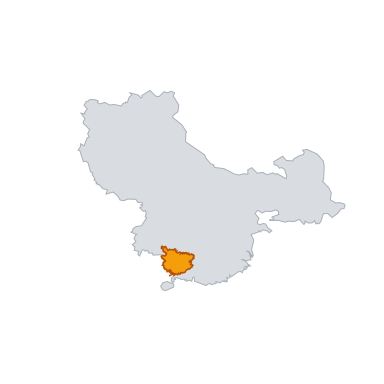 Guangxi highlighted on a map of China, rotated 32°
{"feature_id": "CHN-1152", "entity_name": "Guangxi", "entity_type": "Autonomous Region", "adm_level": 1, "iso_a3": "CHN", "parent_name": "China", "parent_adm1": "", "projection": "robinson", "projection_center": [108.679, 23.706], "detail": "fine", "context": "in_parent", "style": "filled", "palette": "amber", "viewbox_px": 384, "rotation_deg": 32, "n_neighbors": 0, "source": "natural_earth", "source_scale": "10m", "svg_char_len": 9127}
<svg xmlns="http://www.w3.org/2000/svg" viewBox="0 0 384 384"><g transform="rotate(32 192 192)"><path d="M212.0,272.0L205.6,269.3L205.1,266.4L206.2,264.8L201.6,264.0L198.9,261.6L192.4,266.2L190.8,264.8L187.7,266.7L185.2,265.0L183.5,267.1L181.5,266.5L180.6,267.8L181.5,274.0L179.2,273.7L178.4,270.6L173.8,272.1L172.8,269.0L169.2,268.3L170.8,263.8L167.7,262.5L166.9,258.5L167.7,257.3L161.5,258.4L162.2,256.7L161.4,254.4L162.9,250.9L167.0,247.4L167.2,237.8L165.5,237.9L164.6,234.6L162.6,232.6L160.9,234.2L156.0,233.1L157.4,231.1L156.8,229.5L155.3,230.2L156.4,228.4L154.9,227.3L151.8,229.6L148.2,228.0L141.5,231.9L138.5,235.7L135.2,236.9L131.9,235.0L125.3,233.8L120.2,239.3L119.1,234.9L114.3,236.5L109.5,234.8L108.5,235.8L107.2,234.8L106.5,235.9L105.1,233.9L102.4,233.6L102.7,232.1L98.3,230.3L97.8,228.5L95.3,228.7L88.4,222.3L85.4,222.2L83.8,223.9L74.9,216.3L73.2,216.8L73.4,213.1L72.1,210.0L76.0,210.1L74.4,201.5L75.7,199.9L72.7,197.9L72.0,193.3L63.5,191.4L62.5,190.1L62.5,186.7L56.1,184.0L59.7,182.6L58.8,181.4L59.1,176.9L54.5,175.7L54.3,171.0L55.7,170.3L56.4,167.7L60.7,165.2L64.1,164.4L64.4,166.2L67.3,166.0L70.6,162.2L76.2,161.9L79.3,159.2L86.5,156.5L86.6,153.1L88.4,151.9L87.9,151.0L89.8,150.3L88.5,145.1L89.5,141.7L86.9,140.7L95.4,138.2L98.9,139.4L99.5,137.7L98.3,136.8L102.6,128.1L110.1,130.0L113.4,128.7L115.1,121.9L118.9,120.7L120.8,117.6L124.8,117.2L125.2,120.5L134.9,125.4L137.5,131.5L135.4,137.2L136.1,139.0L147.8,140.4L155.7,144.1L155.6,145.4L159.9,152.8L182.9,153.8L185.9,155.9L192.9,158.2L196.4,157.5L196.4,158.7L198.6,159.0L206.8,155.2L218.4,154.3L223.2,152.5L225.9,149.3L230.0,147.3L227.6,143.6L229.8,139.7L237.3,141.5L241.6,137.9L246.6,137.6L250.3,133.0L253.7,132.6L254.1,131.4L264.8,130.9L263.9,128.3L258.4,123.7L255.2,123.7L253.4,125.5L250.8,124.3L247.1,125.3L245.3,122.9L250.0,113.6L255.2,115.3L261.1,112.2L260.6,110.4L264.0,104.0L266.7,101.3L266.1,98.8L263.5,98.0L267.2,94.9L278.1,93.5L287.0,96.2L290.3,99.9L296.9,111.5L297.0,113.7L305.7,116.0L310.6,118.9L313.3,125.3L319.7,125.2L322.4,123.0L327.2,121.5L328.9,122.2L329.7,125.2L327.4,127.4L326.8,133.2L324.3,139.4L318.5,138.3L314.9,140.9L317.0,149.1L316.4,151.8L313.6,152.7L314.2,153.8L311.1,151.2L310.5,154.3L307.2,156.6L303.2,156.9L304.5,159.0L304.0,160.2L297.4,158.4L294.4,162.9L289.6,165.4L286.9,168.3L280.5,170.2L273.0,175.0L272.7,174.0L275.3,172.9L275.8,171.4L273.3,171.4L273.3,170.5L277.5,165.1L275.4,162.5L272.4,162.9L269.5,166.6L264.6,169.3L262.8,172.5L257.3,172.8L256.9,176.8L262.9,178.9L263.1,182.9L264.7,184.0L266.9,183.9L269.1,181.0L271.3,180.1L275.5,182.2L280.3,182.5L279.0,185.7L277.0,185.0L271.9,186.8L271.2,189.6L269.1,189.2L269.6,190.5L264.6,196.8L269.9,200.1L273.0,209.2L277.8,213.5L277.5,214.6L271.5,212.3L269.3,213.2L272.5,213.0L278.0,218.2L273.7,221.9L271.6,222.0L270.4,222.8L275.4,222.4L279.5,224.9L276.8,227.1L279.0,227.0L278.8,229.0L276.5,229.0L277.7,230.0L276.8,231.8L277.5,233.8L275.2,233.6L273.4,235.4L270.2,243.1L268.0,242.3L269.5,244.8L267.5,246.4L265.9,246.0L268.2,246.7L268.3,250.1L266.2,249.8L266.7,251.0L265.2,251.1L263.8,254.4L259.8,255.3L260.9,256.6L257.6,260.3L255.4,259.9L253.3,263.9L241.4,266.3L238.9,263.0L238.0,264.1L239.1,267.9L236.9,268.0L234.5,270.5L233.3,269.3L233.1,270.7L231.3,270.1L229.7,271.7L223.9,272.9L222.6,275.2L224.4,277.6L223.6,278.8L221.3,278.4L220.2,275.3L221.5,272.1L219.7,270.9L217.7,272.4L214.5,269.7L214.6,271.3L212.0,272.0ZM225.1,279.7L226.8,282.4L222.2,289.2L219.5,290.5L215.5,288.7L215.4,284.4L218.3,281.1L225.1,279.7ZM278.0,215.7L276.4,215.4L274.9,214.0L276.1,214.3L278.0,215.7ZM280.4,223.8L279.2,224.1L278.9,223.3L280.4,223.8ZM269.4,249.0L268.7,249.9L268.8,248.7L269.4,249.0ZM223.2,274.8L224.4,274.4L224.3,275.0L223.2,274.8Z" fill="#d9dde1" stroke="#a8b0b8" stroke-width="1"/><path d="M200.8,263.3L200.2,263.2L200.1,262.5L200.6,261.9L200.6,261.6L200.9,261.6L200.9,261.3L201.2,261.2L201.7,260.7L201.8,260.7L202.2,260.9L202.4,260.9L203.0,260.6L203.2,259.4L203.1,259.0L203.4,258.8L203.1,258.3L203.2,258.1L202.5,257.6L202.5,257.3L201.9,257.5L201.8,257.8L201.4,257.8L200.8,257.6L200.5,257.1L200.1,257.2L200.0,257.6L199.7,257.7L199.0,257.2L199.0,257.5L198.9,257.5L198.4,257.1L198.4,256.2L198.2,255.9L198.0,255.5L197.4,255.6L196.9,255.4L196.3,255.3L196.1,255.5L196.3,256.0L196.0,256.1L195.5,255.4L195.2,254.7L195.1,254.2L195.4,253.8L195.5,253.7L196.3,254.4L196.5,254.1L196.8,254.0L197.1,253.6L197.7,253.5L197.8,252.9L198.1,252.6L198.4,252.4L198.5,252.3L198.9,252.7L199.5,252.6L199.8,253.1L200.1,253.3L200.9,253.5L201.5,254.0L201.8,253.8L202.0,253.8L202.5,254.3L202.7,254.0L203.3,253.5L203.4,253.3L203.4,253.0L203.2,252.5L203.9,252.4L204.7,252.1L205.3,251.7L205.7,251.3L206.7,251.2L206.9,250.9L207.2,250.9L207.4,250.4L207.2,249.8L207.4,249.5L207.7,249.3L208.1,249.3L208.5,249.2L208.9,249.6L208.8,249.9L209.2,250.1L209.3,250.6L209.6,250.7L209.6,251.1L209.9,251.0L210.2,250.8L210.4,250.5L210.4,250.8L210.6,251.0L210.9,251.0L211.1,251.4L211.5,251.5L211.9,251.2L212.5,251.1L212.8,250.8L212.8,250.1L213.5,249.5L213.6,249.3L214.2,249.4L214.6,249.8L215.0,250.6L215.1,250.2L214.9,250.0L214.9,249.8L215.0,249.6L215.3,249.5L215.2,249.2L215.5,248.9L215.8,248.9L215.9,249.4L216.7,249.2L217.0,249.4L217.1,248.9L217.2,248.3L216.9,248.3L216.4,248.6L216.3,248.3L216.7,247.9L217.4,247.8L217.6,248.1L217.8,247.8L218.1,248.2L218.4,248.2L218.7,247.4L218.9,247.2L218.8,246.8L219.2,246.4L219.6,246.5L219.9,246.4L220.2,246.8L220.1,247.2L220.6,247.2L220.8,247.1L220.7,246.5L221.0,246.4L221.4,245.7L221.6,245.6L222.1,245.8L221.9,246.3L222.0,246.5L222.6,246.4L223.0,246.8L223.2,246.6L223.5,246.0L223.8,245.8L224.1,245.7L224.4,245.4L224.5,244.7L225.1,244.8L225.2,245.1L226.0,245.1L226.4,244.5L226.6,244.7L227.8,245.1L227.6,246.9L227.8,247.4L228.0,247.5L228.1,247.2L228.6,247.2L228.8,247.1L228.9,247.3L228.7,247.5L228.6,247.8L228.4,248.2L228.2,248.2L228.1,248.7L228.2,249.0L228.2,249.4L228.0,249.9L227.9,250.1L227.5,250.2L227.4,250.6L227.2,250.7L227.1,251.1L226.6,251.5L226.4,252.2L226.7,252.7L226.9,252.8L227.0,252.6L227.3,252.1L227.9,251.5L228.2,251.7L228.5,251.6L228.7,252.0L228.9,252.2L228.7,252.6L228.8,253.0L229.0,253.4L228.8,254.1L229.2,254.3L229.4,254.0L229.6,254.0L229.7,253.7L229.9,253.6L230.5,253.7L231.2,253.6L231.5,253.7L231.2,254.0L231.1,254.4L231.2,254.6L231.5,254.8L231.5,255.3L231.8,256.0L231.4,256.4L231.2,256.4L230.9,256.7L231.0,258.0L230.9,258.2L230.6,258.4L230.5,258.8L229.9,258.8L229.7,259.3L229.7,259.8L229.0,260.2L228.9,260.5L228.6,261.1L228.5,261.6L228.5,262.0L228.6,262.5L228.5,262.8L228.7,263.2L228.6,263.6L228.4,264.1L228.0,264.6L227.6,265.0L227.0,265.1L226.9,265.6L226.5,265.5L226.3,265.8L225.8,265.9L225.7,266.0L225.4,266.5L225.1,266.5L225.3,266.8L225.2,267.1L225.6,267.4L225.6,267.6L225.2,267.6L225.0,267.9L225.0,268.2L224.8,268.3L224.5,268.2L224.2,268.4L223.8,268.1L223.5,268.1L223.6,268.5L223.5,269.3L223.7,269.5L223.7,269.8L222.9,269.9L222.4,269.8L221.7,270.0L221.4,271.0L220.9,271.3L220.7,271.1L220.6,271.8L220.8,272.1L220.6,272.2L220.2,271.9L220.3,271.6L220.3,271.3L220.1,271.5L219.9,271.6L220.0,271.2L219.8,271.3L219.7,271.1L219.7,270.9L219.9,270.7L219.7,270.6L219.4,270.9L219.4,271.0L219.5,271.0L219.2,271.1L219.6,271.3L219.8,271.6L219.7,271.9L219.6,272.1L219.3,272.2L219.1,272.3L218.7,272.3L218.5,272.1L218.4,272.3L218.2,272.4L218.1,272.1L218.0,272.5L217.8,272.5L217.7,272.4L217.7,272.6L217.2,272.4L217.3,272.1L217.7,272.0L217.6,271.4L217.4,271.5L217.3,271.4L217.2,271.4L217.3,271.2L216.9,271.4L216.6,271.4L216.5,271.1L216.3,271.0L216.3,270.7L216.6,270.5L216.3,270.6L216.4,270.3L216.3,270.2L216.0,270.2L215.9,270.2L216.1,270.3L216.2,270.6L216.1,270.8L216.0,270.6L215.9,270.8L216.2,271.0L216.3,271.2L216.3,271.3L215.9,271.2L215.7,271.4L215.6,271.2L215.8,271.2L215.8,270.9L215.7,271.1L215.6,270.6L215.4,270.9L215.3,270.7L215.4,270.2L215.3,270.4L215.2,270.2L215.2,270.5L215.1,270.4L215.2,270.6L215.1,270.4L214.9,270.4L215.2,269.8L215.0,269.7L215.0,269.8L214.8,269.8L214.9,269.5L214.7,269.7L214.6,269.8L214.5,270.0L214.4,270.0L214.4,269.5L214.3,270.0L214.6,270.4L214.5,270.7L214.4,270.7L214.6,270.8L214.4,270.9L214.6,270.9L214.6,271.1L214.6,270.8L214.6,271.1L214.8,270.9L214.9,271.0L214.6,271.2L214.7,271.3L214.6,271.5L214.5,271.4L214.4,271.5L214.2,271.7L214.3,271.3L214.1,271.3L214.4,271.1L214.1,271.1L214.2,270.9L214.0,271.0L213.8,270.9L213.6,271.0L213.7,271.3L213.5,271.5L213.5,271.8L213.1,272.0L213.3,271.5L213.2,271.3L213.3,271.2L213.1,271.3L213.1,271.2L213.1,271.4L213.0,271.6L212.4,271.7L212.5,271.8L212.1,271.8L212.3,271.9L212.2,272.0L212.5,272.1L212.2,272.2L212.0,272.4L212.1,272.1L211.2,271.2L210.9,271.1L210.5,271.4L209.8,271.4L209.7,271.6L209.5,271.3L209.3,271.2L208.9,271.5L208.6,270.8L208.1,270.8L207.6,270.4L207.3,270.3L207.2,270.1L207.3,269.8L207.3,269.6L207.1,269.6L206.9,269.7L206.6,269.4L206.2,269.3L205.9,269.2L205.7,269.4L205.7,268.7L205.5,268.1L205.6,267.9L205.5,267.5L205.0,267.3L205.0,266.7L205.2,265.9L205.3,265.8L205.5,266.0L205.7,265.9L206.0,265.0L206.2,264.9L206.2,264.7L205.9,264.7L205.6,264.3L205.4,264.4L205.2,264.2L204.8,264.0L204.6,264.2L203.6,264.4L203.4,263.9L203.0,263.7L202.4,263.7L202.2,264.0L201.8,264.0L201.7,264.1L201.2,263.5L200.8,263.3ZM217.5,274.7L217.4,274.6L217.6,274.5L217.5,274.7Z" fill="#f59e0b" stroke="#b45309" stroke-width="1.5"/></g></svg>